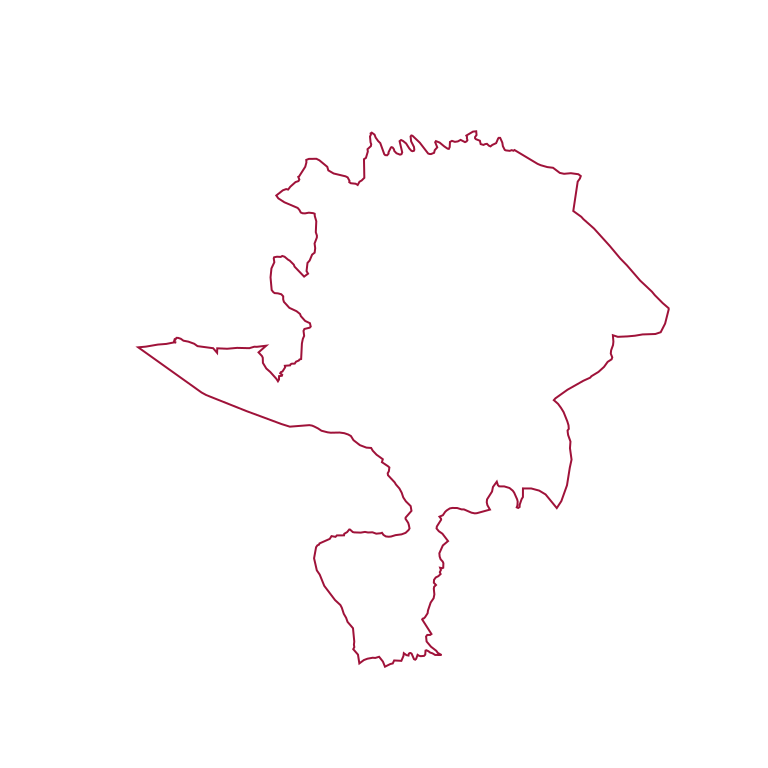 Atlahuilco, Veracruz, Mexico (Equal Earth projection), rotated 290°
{"feature_id": "50627088B44010048169487", "entity_name": "Atlahuilco", "entity_type": "district", "adm_level": 2, "iso_a3": "MEX", "parent_name": "Mexico", "parent_adm1": "Veracruz", "projection": "equal_earth", "projection_center": [-97.121, 18.686], "detail": "fine", "context": "isolated", "style": "outline", "palette": "rose", "viewbox_px": 768, "rotation_deg": 290, "n_neighbors": 0, "source": "geoboundaries", "source_scale": "gbopen_adm2", "svg_char_len": 6166}
<svg xmlns="http://www.w3.org/2000/svg" viewBox="0 0 768 768"><g transform="rotate(290 384 384)"><path d="M588.4,288.3L571.0,295.0L567.6,293.4L565.7,291.8L562.0,291.2L562.5,288.9L561.3,284.1L561.8,282.3L563.1,282.1L565.7,279.2L566.0,276.9L564.6,264.7L565.7,258.6L568.7,256.4L572.1,246.8L572.5,243.5L569.9,236.5L568.0,234.3L565.7,235.3L561.2,235.7L550.0,233.2L549.3,232.6L547.2,234.5L545.4,234.2L543.5,231.8L537.4,228.5L533.9,227.4L533.7,225.4L531.4,222.7L524.3,218.3L522.3,221.2L520.7,228.2L519.9,242.7L518.6,245.0L516.7,247.1L516.6,249.1L517.3,251.4L519.3,254.8L520.3,258.9L520.3,260.6L518.2,261.5L513.8,264.7L503.3,268.0L500.5,270.2L498.7,270.8L492.3,270.7L488.1,272.9L483.7,273.9L481.0,272.2L474.6,271.9L471.6,270.7L463.6,272.6L461.7,274.9L457.6,272.2L463.7,259.8L465.3,258.4L467.7,253.2L468.0,251.4L469.6,247.0L469.5,244.6L468.1,243.5L467.0,239.9L465.5,237.4L464.4,237.4L460.9,239.3L454.1,238.7L445.4,240.9L433.9,246.3L432.5,248.5L432.0,250.1L432.9,253.3L433.2,256.8L431.9,259.3L429.1,260.3L427.0,261.8L423.2,269.0L422.5,276.9L421.1,281.1L419.3,282.7L416.3,288.3L415.8,293.6L412.9,295.5L411.5,294.9L408.5,290.4L406.4,290.2L401.9,292.5L398.6,292.3L394.0,293.0L379.1,297.6L378.1,296.2L376.9,295.9L374.9,293.7L372.6,293.1L371.6,290.5L370.6,289.5L369.4,289.4L367.2,284.6L365.9,285.4L362.7,284.7L361.0,284.3L359.8,283.0L358.6,282.8L357.8,285.2L356.8,285.2L355.5,282.7L352.3,283.8L350.3,283.4L352.0,281.2L356.4,273.0L358.3,268.1L362.4,263.0L367.2,261.1L368.5,259.8L370.8,255.3L379.7,260.2L375.4,251.7L374.7,249.4L371.6,245.2L367.7,233.6L363.5,224.6L360.5,215.1L356.2,216.5L359.2,211.2L355.8,195.8L356.9,191.9L356.9,185.7L356.1,180.7L357.0,177.6L356.9,174.7L356.4,173.2L354.3,172.8L354.4,172.0L352.1,172.1L351.8,174.5L351.3,172.5L347.2,165.7L343.7,158.0L337.7,147.5L334.4,140.5L313.6,215.5L312.8,220.8L311.5,264.2L311.3,301.2L311.7,310.1L319.8,327.9L320.3,330.6L320.2,332.9L319.7,337.1L318.7,341.2L319.3,347.5L320.0,350.6L323.2,358.9L324.2,363.5L324.3,367.6L323.8,370.7L320.8,374.5L318.3,382.2L318.2,389.2L319.5,393.8L317.5,396.2L315.0,401.2L312.9,408.6L309.8,408.8L308.1,415.9L307.4,417.6L303.6,418.4L301.4,418.0L299.6,419.0L295.2,427.7L293.7,429.5L291.1,434.2L287.9,437.8L284.0,440.9L281.2,444.7L278.4,450.8L274.2,453.2L265.9,450.0L264.7,450.3L261.8,454.2L260.1,455.5L257.0,457.4L255.1,457.0L251.5,455.2L248.7,451.9L245.9,446.5L243.1,442.8L242.1,440.7L241.4,437.9L242.0,435.1L243.5,433.0L242.6,431.9L240.7,427.9L240.7,423.9L239.0,419.8L238.5,416.7L236.4,413.0L234.4,406.8L234.2,405.3L235.6,401.9L235.4,401.1L232.2,400.0L229.7,397.9L228.1,398.2L225.6,391.5L223.8,390.7L223.1,386.7L219.9,386.0L212.1,377.9L210.9,377.9L209.6,376.6L207.4,376.0L196.3,377.9L185.9,384.6L182.9,388.8L173.9,396.9L164.2,411.9L161.4,418.6L159.3,420.9L154.3,424.8L151.3,428.4L148.0,431.1L143.9,438.4L131.7,444.2L128.7,444.9L126.6,446.1L124.3,445.8L120.8,452.1L113.0,456.4L117.7,459.5L120.2,462.4L122.9,467.0L123.6,469.5L126.0,472.7L122.8,477.9L118.7,481.6L123.1,485.8L124.4,487.8L127.7,488.1L129.8,495.0L135.1,495.3L137.8,494.7L136.9,497.8L137.2,499.9L139.0,499.6L139.8,500.0L140.3,501.0L140.0,502.2L135.7,506.3L135.6,507.6L136.7,508.2L141.0,508.2L140.6,509.9L140.8,511.6L142.2,514.6L143.8,515.3L147.7,514.2L148.3,514.9L148.1,517.1L147.4,519.3L147.5,521.6L146.9,524.7L149.0,530.8L149.7,526.6L151.2,524.3L153.2,518.0L156.6,512.1L161.1,509.9L163.0,510.5L164.0,513.2L165.3,514.1L175.8,500.4L176.7,500.6L177.4,501.6L178.8,502.3L183.5,503.4L186.1,502.8L194.6,502.6L199.6,503.9L203.5,503.3L208.7,500.8L210.7,500.5L212.9,501.6L214.3,498.8L217.1,498.0L219.9,498.8L222.0,500.8L224.8,502.2L226.3,500.8L228.7,501.1L230.5,499.6L230.8,501.7L231.6,502.5L235.9,501.1L237.2,499.9L238.6,497.2L240.9,495.3L243.9,493.9L252.4,494.5L258.3,497.9L263.3,490.1L264.4,485.9L266.2,482.8L268.2,482.4L276.0,484.1L276.9,483.7L278.3,481.5L280.8,484.2L284.8,485.2L286.7,486.2L289.6,488.4L290.9,490.6L292.5,495.2L292.7,499.8L293.5,502.1L293.0,510.2L293.5,513.6L294.4,515.5L302.2,526.5L305.5,522.6L308.0,521.0L310.8,520.3L319.9,522.3L324.5,521.6L330.8,523.4L327.9,525.6L327.2,527.2L328.9,532.1L329.2,537.5L327.8,541.5L326.4,543.5L321.1,548.6L319.3,549.8L315.6,550.9L313.5,550.9L313.4,552.5L314.8,553.5L317.0,552.8L322.8,552.7L325.3,553.2L333.4,550.3L336.2,558.2L336.9,566.3L335.5,573.6L326.5,588.8L334.6,590.7L351.4,590.6L369.0,587.2L377.1,586.1L387.3,580.7L393.7,578.9L399.0,574.5L401.2,573.3L403.1,572.4L405.0,573.0L408.3,571.5L411.5,569.1L419.0,562.4L422.1,558.5L424.9,554.3L426.9,549.1L429.2,550.0L441.4,558.4L455.2,570.2L460.5,575.6L462.2,576.2L468.7,581.4L475.3,584.9L481.3,586.6L485.0,589.4L487.1,589.4L490.1,586.7L493.4,585.9L498.9,585.9L502.2,585.1L508.1,582.4L508.3,587.6L512.0,596.5L515.2,603.3L519.0,610.0L523.8,621.9L527.3,626.3L536.9,627.5L551.6,626.0L552.6,625.5L555.3,618.3L560.1,608.1L562.4,604.2L568.8,589.3L578.6,571.7L582.8,563.0L590.9,549.0L601.9,528.2L607.1,515.0L608.6,512.2L611.3,502.7L640.4,496.8L644.1,497.8L646.7,497.8L647.6,494.9L646.0,487.5L643.1,481.3L642.5,477.0L645.0,468.9L643.7,463.3L643.2,456.4L643.4,453.0L648.5,426.6L647.5,425.9L647.4,424.0L646.1,422.4L645.2,418.6L645.3,417.4L648.1,414.4L651.3,412.6L655.0,409.0L654.6,407.7L653.9,407.3L648.7,407.0L645.7,404.0L643.7,402.8L643.8,401.1L644.9,398.6L644.0,397.0L642.7,395.7L642.5,392.8L645.4,390.9L645.5,386.5L646.1,385.5L647.2,385.1L649.6,385.8L653.0,384.2L651.6,381.3L645.6,376.4L644.6,377.5L643.3,377.8L641.7,379.0L640.2,378.6L639.0,377.4L639.6,372.5L637.2,370.4L635.8,367.8L635.7,364.7L634.0,363.2L629.1,364.7L627.1,364.5L626.9,363.2L627.9,359.3L629.9,353.7L630.0,349.7L628.7,349.4L624.6,353.1L621.1,351.7L618.4,352.0L616.2,349.6L615.7,348.2L615.7,346.6L623.0,335.1L627.0,325.9L626.9,324.7L625.7,324.3L621.3,326.5L617.0,331.1L614.4,332.4L613.3,332.3L612.5,331.1L612.5,330.0L613.9,327.3L617.6,322.5L618.9,318.7L619.1,316.6L617.5,315.6L607.9,321.9L605.9,321.8L605.0,320.6L605.1,316.8L606.5,314.0L607.9,313.1L609.1,311.4L609.2,310.2L608.6,309.6L603.2,309.0L602.0,309.5L600.0,308.7L599.5,306.9L600.0,305.7L609.1,298.1L610.3,295.4L612.7,291.9L615.1,289.8L616.0,286.5L614.9,285.7L613.9,286.4L611.8,286.2L606.5,288.7L604.9,290.0L603.0,290.3L599.0,288.2L596.9,289.3L590.3,289.7L588.4,288.3Z" fill="none" stroke="#9f1239" stroke-width="2"/></g></svg>